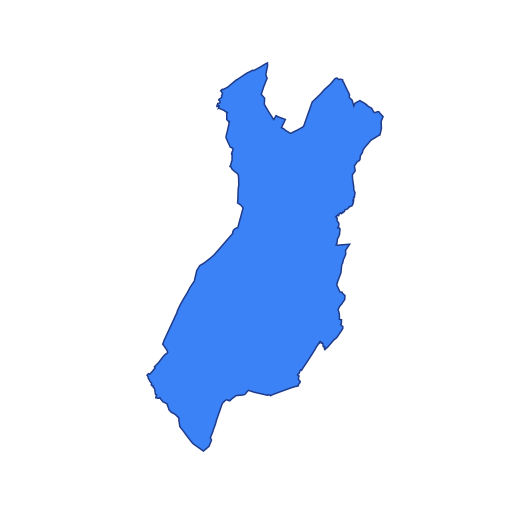 the district of Vecpiebalgas pag., Vecpiebalgas, Latvia, rotated 119°
{"feature_id": "27541924B76706291100017", "entity_name": "Vecpiebalgas pag.", "entity_type": "district", "adm_level": 2, "iso_a3": "LVA", "parent_name": "Latvia", "parent_adm1": "Vecpiebalgas", "projection": "equal_earth", "projection_center": [25.763, 57.071], "detail": "fine", "context": "isolated", "style": "filled", "palette": "blue", "viewbox_px": 512, "rotation_deg": 119, "n_neighbors": 0, "source": "geoboundaries", "source_scale": "gbopen_adm2", "svg_char_len": 5960}
<svg xmlns="http://www.w3.org/2000/svg" viewBox="0 0 512 512"><g transform="rotate(119 256 256)"><path d="M413.0,293.5L413.0,293.3L414.4,291.3L415.2,291.0L416.9,288.0L417.5,286.9L417.7,285.9L418.2,285.5L419.0,285.4L419.7,284.7L419.9,284.2L419.4,283.8L419.3,283.2L419.5,282.7L420.5,282.5L420.9,280.9L422.0,279.7L425.7,276.9L425.7,275.5L428.1,275.2L428.6,274.8L428.2,274.3L428.1,273.8L428.2,273.1L427.9,272.8L427.9,272.6L427.6,272.3L427.4,271.8L426.5,271.4L427.6,269.4L428.6,266.7L428.4,261.6L429.4,261.3L430.3,260.1L432.9,257.2L432.9,256.4L433.6,255.2L433.8,252.8L433.7,252.5L433.6,251.0L434.0,248.5L434.8,246.1L434.6,245.8L435.4,244.8L437.3,243.6L442.1,239.9L442.8,238.5L444.2,234.9L446.7,229.7L450.0,221.9L450.7,220.0L452.1,207.4L445.2,204.8L444.9,204.9L438.9,205.6L438.5,205.8L437.9,206.5L437.2,207.8L430.7,208.6L428.0,209.2L423.0,209.9L418.6,211.0L401.1,214.0L399.0,213.3L398.1,213.2L396.8,212.6L396.0,212.0L395.8,211.4L395.8,210.3L395.8,209.9L395.2,209.6L395.2,209.4L395.4,208.8L395.2,208.6L392.9,208.0L387.8,205.8L385.6,202.6L385.1,201.7L383.8,200.0L382.6,198.8L381.4,198.4L379.0,198.0L377.1,197.4L376.1,191.8L372.2,178.3L371.4,177.9L371.2,177.7L371.0,176.2L371.1,175.4L370.1,175.0L365.7,171.3L354.5,161.6L350.6,157.9L350.5,157.4L349.0,156.1L348.3,156.5L346.6,156.5L346.1,156.3L344.8,156.2L344.1,156.8L343.7,157.9L343.5,158.9L342.5,159.6L340.8,159.9L340.0,160.4L340.3,161.0L340.1,161.7L339.6,162.2L339.4,162.2L338.0,161.4L334.3,162.0L333.5,161.1L333.7,160.8L319.8,159.7L310.0,159.1L306.5,159.1L302.3,158.8L302.3,158.6L300.5,158.6L300.7,158.3L299.7,158.3L300.0,157.3L300.5,156.8L300.5,156.2L300.3,155.8L300.0,155.7L300.4,155.1L300.4,154.6L301.3,154.3L302.4,153.5L302.4,153.3L302.3,153.0L302.6,152.8L302.6,152.6L302.5,152.3L302.6,152.2L302.2,152.0L302.3,151.7L303.0,151.7L302.8,151.3L303.5,150.9L304.4,150.8L304.5,150.3L303.2,150.0L301.2,149.2L291.5,147.2L288.9,146.0L287.2,145.7L279.1,145.0L277.2,145.0L275.6,145.9L275.3,147.5L274.8,148.8L273.7,148.6L270.3,150.3L271.0,152.4L268.1,153.9L266.0,155.3L262.9,158.3L258.7,158.4L256.9,157.8L251.0,157.3L247.5,159.0L246.7,162.1L245.9,163.4L246.8,165.0L242.1,171.5L239.6,171.9L239.5,172.1L229.4,173.6L223.0,176.4L221.7,176.8L220.2,176.8L216.4,177.9L214.8,177.9L210.9,178.4L207.7,180.4L200.3,179.8L205.8,188.1L206.4,188.7L206.9,189.7L207.5,191.3L205.6,191.4L201.1,193.2L199.5,193.0L197.5,193.3L196.1,193.6L195.0,194.2L192.2,195.3L191.5,195.8L191.0,197.0L191.1,197.3L192.3,198.4L191.1,198.1L189.8,198.2L188.6,198.6L187.2,199.5L186.7,200.2L186.5,200.9L185.6,202.4L185.0,202.8L184.0,203.0L183.3,203.8L183.0,204.7L183.2,205.1L182.4,205.2L182.0,205.0L181.9,204.8L181.6,204.8L181.5,204.5L180.9,204.1L181.0,204.0L180.9,203.8L180.7,204.1L180.0,204.2L180.1,203.9L179.9,203.5L179.7,203.7L178.7,203.4L178.8,203.3L179.0,203.2L177.4,203.2L177.2,203.0L177.3,202.9L177.2,202.7L177.4,202.4L177.7,202.4L177.3,202.3L177.3,202.1L177.0,202.2L176.9,202.0L177.1,201.9L176.8,201.9L176.7,201.7L176.8,201.6L176.4,201.5L176.6,201.4L176.3,201.3L175.5,201.0L175.5,200.8L175.1,200.7L174.6,200.5L174.2,200.2L173.0,200.7L172.3,200.5L171.3,199.4L170.7,199.0L168.9,198.4L168.2,198.2L167.9,198.4L167.3,197.9L166.8,197.5L166.8,197.4L166.1,197.0L165.7,196.5L164.7,196.3L163.9,196.6L163.2,196.5L162.7,196.6L162.5,196.9L162.2,196.9L161.5,197.0L161.0,197.4L160.7,197.4L160.8,197.6L160.4,197.8L160.6,198.1L160.3,198.3L159.8,198.4L159.3,198.3L159.1,198.1L158.9,198.3L158.0,198.6L157.9,198.7L157.0,198.9L156.9,198.6L156.7,198.8L155.9,198.8L154.4,199.5L152.8,199.9L150.7,202.5L147.8,204.3L141.4,209.2L138.5,210.9L137.9,211.1L133.5,210.5L129.5,213.6L124.3,213.1L122.4,211.9L121.1,211.9L117.8,213.3L113.9,213.1L111.7,213.7L110.6,213.8L107.8,213.4L99.0,211.6L90.2,206.6L90.0,206.3L83.5,208.2L77.7,211.8L72.5,212.4L71.1,216.7L70.9,217.0L70.3,218.5L70.7,219.4L71.1,219.9L72.3,220.8L72.8,221.5L73.0,222.2L72.9,223.1L70.7,226.4L70.7,229.8L70.3,232.8L70.1,232.7L69.8,234.9L69.7,240.5L74.2,243.4L75.0,243.5L77.4,243.2L73.1,247.5L72.3,250.6L72.0,251.3L71.1,251.9L69.7,252.3L63.6,260.9L61.4,263.9L61.1,264.9L60.1,265.4L59.9,265.6L60.3,267.6L61.3,269.1L61.6,269.2L61.1,271.5L62.4,272.8L70.2,274.4L77.3,276.9L83.4,278.2L94.1,281.5L119.5,277.2L121.0,277.9L125.7,280.8L129.6,283.6L131.2,284.5L132.0,285.4L131.8,291.4L131.5,292.0L131.3,294.2L131.4,296.0L122.4,296.5L123.5,304.1L123.5,306.5L128.1,306.6L128.0,306.9L123.7,314.9L119.3,322.3L113.9,324.9L112.0,329.8L104.3,331.3L95.6,332.4L95.3,332.3L93.3,334.7L92.3,335.5L83.8,338.2L81.6,339.6L82.9,340.6L88.9,344.0L95.0,348.0L95.2,349.1L97.5,350.5L99.9,352.3L103.2,354.1L107.4,356.2L111.5,358.4L111.5,358.6L122.0,362.6L126.3,365.4L126.2,365.9L126.6,366.3L128.3,367.0L128.7,367.0L128.7,366.5L128.9,366.0L130.3,363.9L132.4,363.9L133.8,363.0L134.6,363.1L136.8,364.3L137.2,364.4L137.6,364.2L137.8,363.9L137.9,363.6L137.8,363.0L138.1,362.5L138.5,362.2L139.4,361.9L140.0,362.0L140.8,362.9L141.0,363.4L143.6,363.0L144.2,362.7L144.3,362.5L144.0,362.2L142.9,362.0L142.6,361.8L142.6,361.1L142.9,360.7L144.9,360.4L144.7,360.3L144.2,354.8L144.1,354.7L144.3,353.9L144.5,352.7L144.4,350.7L145.1,350.9L150.8,347.8L151.8,344.9L152.0,344.7L151.5,344.4L152.2,344.1L159.9,341.8L165.1,340.4L166.4,340.0L167.1,339.5L170.4,335.2L172.2,332.6L173.2,331.4L173.1,329.3L173.4,328.7L173.5,327.8L178.4,327.0L178.8,326.6L178.6,326.2L181.3,324.8L183.9,323.3L185.1,323.2L188.5,322.3L190.4,322.2L190.4,321.9L190.0,321.3L191.5,319.4L192.0,317.8L192.5,315.4L192.5,315.1L192.6,313.7L193.3,311.1L196.2,309.0L203.0,305.1L204.4,304.8L209.6,302.3L214.1,299.9L218.5,297.8L218.9,293.6L220.2,290.6L239.9,285.7L242.0,287.4L244.1,288.2L246.4,288.0L247.6,287.3L275.4,293.2L279.3,294.6L287.1,297.9L291.6,300.5L297.3,300.8L306.1,298.3L307.6,297.8L315.2,298.4L321.4,298.3L329.4,298.6L335.9,298.6L341.9,298.2L343.7,297.7L374.3,295.5L376.3,295.1L378.3,294.9L378.7,293.9L381.7,288.0L383.1,286.5L384.7,286.8L385.7,287.6L389.3,288.5L396.3,289.5L402.2,291.1L402.9,290.0L407.0,290.7L410.8,291.6L411.0,293.0L413.0,293.5Z" fill="#3b82f6" stroke="#1e3a8a" stroke-width="1.5"/></g></svg>